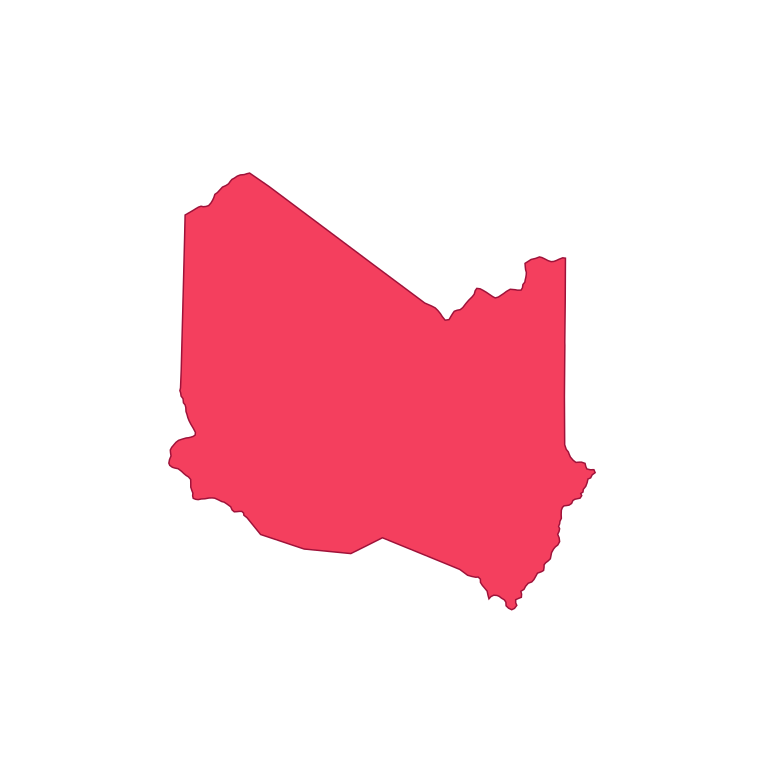 the district of Tucano, Bahia, Brazil, rotated 141°
{"feature_id": "56859067B77744280131750", "entity_name": "Tucano", "entity_type": "district", "adm_level": 2, "iso_a3": "BRA", "parent_name": "Brazil", "parent_adm1": "Bahia", "projection": "orthographic", "projection_center": [-38.821, -11.037], "detail": "fine", "context": "isolated", "style": "filled", "palette": "rose", "viewbox_px": 768, "rotation_deg": 141, "n_neighbors": 0, "source": "geoboundaries", "source_scale": "gbopen_adm2", "svg_char_len": 3387}
<svg xmlns="http://www.w3.org/2000/svg" viewBox="0 0 768 768"><g transform="rotate(141 384 384)"><path d="M432.2,640.5L447.3,622.7L485.4,578.0L487.9,575.1L493.5,568.5L501.2,559.5L532.6,522.7L544.6,509.0L546.8,507.3L547.6,505.1L549.3,502.3L549.4,499.1L551.7,495.6L551.7,493.0L552.8,490.5L555.2,487.2L556.3,484.2L557.6,481.3L558.6,478.1L559.4,474.3L560.1,469.5L561.0,465.1L562.8,463.2L565.1,463.3L567.5,464.2L569.6,465.2L571.8,466.6L575.4,468.1L579.1,469.5L582.3,469.6L585.1,469.1L588.8,468.4L591.6,467.2L593.1,465.0L594.8,462.1L598.3,460.2L601.0,457.9L601.7,455.6L600.9,452.5L599.5,450.4L597.3,447.7L596.3,443.6L595.9,440.4L595.3,437.4L594.4,434.9L594.3,431.5L596.6,428.5L599.1,425.4L600.3,422.3L601.2,419.5L603.1,417.5L604.2,415.2L602.9,412.9L601.2,411.1L598.3,409.6L595.4,407.5L591.7,405.5L589.2,403.6L587.4,401.8L585.5,398.0L584.1,394.8L582.6,392.8L581.5,389.3L580.4,385.1L581.3,381.7L580.8,378.9L578.7,377.4L576.7,376.1L574.7,374.5L574.3,372.2L575.5,370.1L574.6,366.4L574.6,363.2L574.6,344.7L562.0,325.0L557.7,318.2L553.6,311.8L549.9,306.0L516.5,273.1L499.9,269.4L482.0,265.5L449.6,206.5L441.8,192.2L440.5,187.2L439.4,182.8L436.8,179.1L434.3,176.1L432.3,174.7L431.9,171.7L433.9,169.1L434.3,165.6L434.2,161.4L434.2,158.1L436.2,154.2L437.6,151.0L434.7,151.5L431.6,150.8L429.2,148.5L428.1,146.4L427.5,143.8L426.3,140.4L426.6,137.7L428.7,134.8L428.3,131.4L426.8,128.2L423.8,127.5L420.1,128.4L419.4,131.0L417.4,133.5L414.3,132.7L411.5,131.8L409.3,134.1L408.1,136.8L404.5,136.3L401.2,137.7L397.3,138.4L393.7,137.2L390.5,137.7L387.2,139.0L383.8,140.4L379.6,139.0L377.3,138.7L375.2,140.6L373.3,142.8L370.9,143.3L367.7,143.2L364.7,143.5L362.4,145.4L359.9,147.5L355.9,149.1L353.3,149.6L350.3,149.5L346.7,151.0L344.7,154.2L343.6,157.9L340.8,159.2L338.6,161.0L337.9,163.5L335.5,164.8L333.8,166.5L330.7,168.0L328.5,171.0L325.6,174.3L323.0,175.8L320.7,176.0L318.7,174.7L316.4,173.4L313.4,173.1L310.5,174.6L308.2,174.3L305.8,173.1L303.5,171.9L300.6,172.8L300.0,175.1L297.4,174.8L295.4,176.7L291.6,177.5L288.2,179.5L285.3,181.8L282.5,181.0L279.4,182.4L275.7,182.2L274.8,185.3L277.7,187.6L279.8,190.3L279.1,192.9L277.7,195.8L279.7,199.0L281.6,200.5L284.2,202.3L285.0,205.7L285.1,210.0L284.3,212.9L283.5,215.2L283.5,218.5L281.8,223.1L251.6,260.8L226.0,291.9L219.3,300.0L217.3,302.6L190.4,335.1L163.8,367.6L165.7,369.6L169.4,370.8L172.3,371.5L174.9,372.4L177.1,373.9L178.9,376.7L180.4,380.2L181.7,382.9L183.2,384.9L187.1,386.2L191.3,388.2L194.9,388.6L198.5,389.0L200.7,385.8L202.1,383.6L203.1,381.2L204.7,379.4L206.7,377.6L208.8,376.0L210.5,374.5L213.4,373.9L215.9,371.6L218.5,370.7L221.2,372.9L222.8,374.8L226.3,378.2L230.6,378.9L234.0,379.0L237.1,379.3L240.4,379.6L243.4,380.9L244.5,383.4L245.6,387.0L246.8,391.0L248.1,394.5L249.4,397.5L251.7,399.9L254.3,399.2L257.4,397.0L260.5,396.3L265.5,395.8L269.8,395.0L274.7,393.8L278.0,393.8L280.7,395.3L283.6,396.3L286.1,395.6L289.5,394.4L292.9,393.1L296.3,395.1L296.3,399.7L295.9,403.1L295.9,407.1L296.3,410.9L297.9,414.6L299.5,417.7L301.4,421.3L302.1,424.2L317.0,482.7L332.9,545.8L349.1,610.0L355.7,632.5L358.2,633.7L360.8,634.7L364.1,636.9L367.2,637.9L370.8,638.2L373.4,638.7L376.0,638.2L378.8,637.4L381.9,637.7L385.6,638.7L389.6,638.1L393.1,637.6L396.1,637.8L398.7,636.1L401.5,634.7L404.5,633.6L408.0,633.0L410.6,634.0L412.9,635.5L414.3,637.3L416.8,638.2L420.0,638.7L422.6,639.0L432.2,640.5Z" fill="#f43f5e" stroke="#9f1239" stroke-width="1.5"/></g></svg>